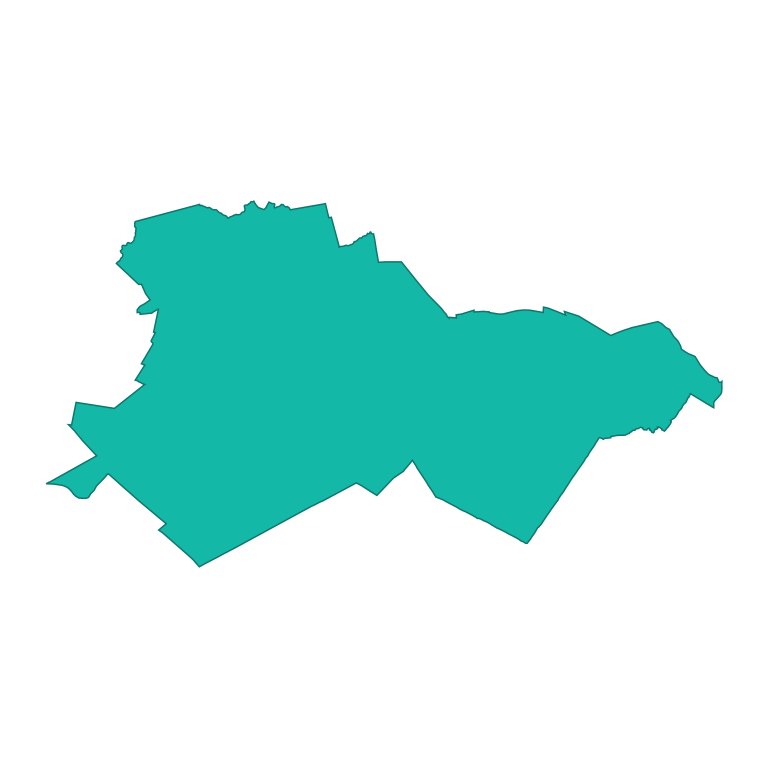 Costeiu, Timis, Romania (Robinson projection)
{"feature_id": "2599482B27087775210367", "entity_name": "Costeiu", "entity_type": "district", "adm_level": 2, "iso_a3": "ROU", "parent_name": "Romania", "parent_adm1": "Timis", "projection": "robinson", "projection_center": [21.905, 45.75], "detail": "fine", "context": "isolated", "style": "filled", "palette": "teal", "viewbox_px": 768, "rotation_deg": 0, "n_neighbors": 0, "source": "geoboundaries", "source_scale": "gbopen_adm2", "svg_char_len": 6102}
<svg xmlns="http://www.w3.org/2000/svg" viewBox="0 0 768 768"><path d="M199.3,566.8L205.2,563.5L217.0,557.4L222.1,554.6L236.2,547.2L311.4,506.3L315.5,504.4L320.5,501.8L322.2,501.2L356.3,482.9L361.8,485.8L369.3,490.7L376.9,495.4L393.4,478.1L403.0,471.6L404.1,470.6L404.4,469.7L405.6,468.5L409.8,463.6L412.4,460.3L416.0,465.8L416.9,467.7L426.7,482.5L428.3,485.3L432.6,491.6L435.1,495.8L436.0,496.8L435.9,497.0L443.4,500.0L446.8,502.0L456.8,507.2L459.8,509.1L463.7,511.0L465.3,511.6L471.1,514.6L476.0,517.4L477.3,518.4L478.2,518.4L480.4,518.9L483.3,520.5L487.9,522.5L490.9,524.3L491.9,525.1L492.5,525.3L496.9,528.0L500.2,529.4L502.3,530.5L503.3,530.9L508.1,533.6L517.0,538.2L519.9,540.0L520.4,540.6L524.3,542.3L525.3,543.2L527.4,543.2L527.9,542.3L530.8,538.7L531.3,537.6L534.8,532.7L536.9,528.9L538.0,527.3L538.5,527.2L539.1,526.7L539.4,526.0L540.8,524.8L546.8,515.7L550.1,511.1L551.0,509.6L556.6,501.9L557.7,500.6L558.3,499.7L558.4,498.9L558.9,498.1L561.3,494.5L562.0,493.8L563.6,491.6L566.2,487.3L567.7,485.1L572.2,478.0L575.3,473.8L577.5,470.4L583.7,461.7L585.5,458.4L587.4,456.3L588.6,454.3L589.0,453.2L594.7,445.0L595.3,443.7L597.8,439.9L598.6,438.4L599.2,437.7L600.0,437.7L602.1,438.5L602.9,439.1L603.4,439.2L603.8,438.8L605.4,438.3L610.7,437.8L610.9,437.4L610.9,436.4L612.0,436.4L615.9,435.6L618.8,435.3L624.9,435.2L626.3,434.6L627.8,433.7L629.2,433.5L629.4,433.4L629.8,432.5L631.5,431.7L632.0,431.3L632.3,430.5L632.6,430.3L634.6,430.3L635.1,430.1L635.6,429.1L637.3,428.6L637.6,428.7L638.2,428.6L640.0,427.5L641.2,427.3L641.5,427.7L642.5,427.8L642.9,428.0L642.9,428.8L643.6,429.7L646.8,430.0L646.9,429.6L647.3,428.9L648.7,428.4L649.5,428.3L649.7,428.5L649.7,428.8L649.5,430.0L650.8,430.3L651.4,431.8L652.0,432.4L653.6,432.8L653.8,432.5L654.6,430.5L655.4,429.2L655.8,429.1L656.4,429.3L656.7,429.0L657.2,428.8L657.8,428.2L657.9,427.9L657.3,427.1L657.6,427.0L658.8,427.0L659.9,427.5L661.0,428.5L661.8,428.9L661.8,429.8L664.5,431.1L666.0,429.5L667.2,427.8L668.3,426.8L668.4,426.4L669.4,425.3L670.3,423.9L671.3,421.9L671.2,421.5L670.4,420.5L674.2,418.1L675.6,416.8L677.6,413.7L678.9,411.2L681.4,408.6L682.2,407.0L682.5,406.1L683.1,405.2L684.0,404.0L685.5,402.8L686.1,402.0L688.0,397.8L688.7,397.5L690.4,393.7L712.4,407.0L713.8,407.7L713.7,403.2L714.0,402.1L714.7,400.9L718.4,397.0L720.6,394.4L721.6,392.2L721.9,388.4L721.8,386.7L721.9,381.4L721.1,382.1L720.2,382.3L719.1,382.2L718.8,382.0L718.5,380.9L717.2,377.9L714.7,377.4L712.8,376.5L712.2,376.1L709.4,374.9L708.0,373.9L704.5,370.2L700.1,364.8L695.1,356.6L694.7,356.3L688.6,353.8L685.5,352.0L681.5,349.3L680.6,346.0L678.2,341.4L676.5,339.4L673.7,336.6L669.5,329.4L665.9,327.5L662.0,323.9L657.9,321.6L632.1,327.6L624.1,330.2L617.1,332.8L610.8,335.5L578.7,316.1L564.4,311.5L565.6,315.1L557.3,311.7L548.0,308.1L543.5,307.1L543.2,312.5L529.9,310.2L523.5,310.0L517.4,310.6L513.7,311.4L503.0,314.0L498.9,314.1L489.1,312.5L489.2,311.9L485.2,311.6L483.2,311.3L481.8,311.6L480.6,311.5L478.2,311.8L474.0,311.9L474.0,310.2L461.4,314.1L456.2,314.8L456.4,317.9L449.3,317.3L449.0,318.2L447.4,316.8L446.8,315.4L446.1,314.1L444.3,312.3L442.0,309.2L439.9,306.9L428.2,295.0L414.6,278.4L401.4,261.9L385.1,261.9L378.5,262.3L376.2,249.3L374.6,238.9L373.5,233.9L372.7,234.0L372.1,233.8L371.4,233.3L370.7,232.0L370.3,232.0L370.0,232.3L369.5,233.5L369.1,233.7L368.6,233.7L367.6,233.4L367.3,233.7L367.1,234.5L366.4,235.4L362.9,236.4L362.0,237.7L361.0,238.0L359.6,238.0L358.3,239.2L357.2,240.4L355.7,241.5L354.2,241.6L353.5,243.1L352.7,244.1L351.1,244.6L349.1,245.5L347.6,245.6L345.9,245.3L343.2,246.3L340.4,246.5L339.1,247.1L339.1,246.3L331.3,217.3L328.8,217.7L325.4,203.7L290.2,209.8L289.6,208.5L289.0,207.7L288.2,207.1L287.1,206.5L286.7,206.8L286.0,207.0L285.6,206.9L284.8,206.4L283.2,204.8L281.9,204.4L281.3,204.5L280.0,206.0L278.8,206.5L277.2,206.8L276.4,207.3L274.8,207.9L274.3,207.3L274.3,206.5L274.8,204.5L274.7,204.1L274.0,203.6L272.1,203.6L271.3,203.4L270.7,202.8L268.9,202.1L266.0,207.6L264.1,209.6L258.4,207.6L256.3,205.3L254.7,202.9L253.9,201.2L253.4,201.3L252.7,201.8L252.2,201.9L251.0,201.7L250.5,202.2L250.1,203.1L248.9,203.7L247.7,204.8L247.0,205.0L245.0,205.2L244.5,205.6L244.3,206.2L245.1,209.5L244.6,211.1L244.1,211.8L242.5,212.2L241.6,212.6L240.6,214.2L240.0,214.5L237.3,214.8L236.7,214.5L235.9,214.5L235.1,214.9L233.9,215.2L232.6,216.0L231.5,216.5L230.5,216.7L228.4,218.0L227.5,217.9L226.8,216.6L226.3,216.1L224.1,215.2L222.7,214.7L221.4,213.3L219.1,212.5L216.6,210.0L216.0,209.7L213.9,209.9L211.9,209.2L209.6,207.6L208.7,207.5L207.3,207.8L206.4,207.6L205.6,207.1L204.2,206.4L202.7,206.0L201.8,205.3L200.9,205.6L200.0,205.6L199.6,204.4L135.5,221.5L135.1,221.9L134.7,223.2L134.9,224.6L134.7,226.5L135.2,227.3L136.0,227.9L136.1,228.3L135.8,230.1L135.8,231.8L135.3,233.0L135.5,234.7L135.4,235.8L135.3,236.3L134.3,237.6L134.3,239.0L134.1,240.0L133.8,240.6L132.5,242.2L130.9,243.3L130.2,243.3L128.6,242.6L127.8,242.7L127.5,242.9L127.0,243.7L126.7,244.8L126.2,245.3L125.3,245.6L124.1,245.4L122.9,245.4L122.4,245.6L122.2,245.9L122.0,247.1L122.3,248.6L122.2,249.0L121.6,249.9L120.4,250.9L121.1,252.7L122.2,253.5L122.7,254.2L122.8,255.5L122.3,257.1L122.2,257.3L121.2,257.9L120.5,259.0L120.1,260.0L119.7,260.6L117.3,262.3L116.4,263.5L138.7,284.4L141.5,284.3L145.7,293.8L150.1,299.8L148.0,301.4L144.2,304.0L140.3,306.1L139.0,307.4L137.2,309.8L137.2,312.6L138.6,312.4L139.9,312.5L140.1,314.3L151.9,313.1L153.5,311.8L157.6,309.5L158.4,309.3L153.6,332.2L155.3,332.6L151.1,340.9L151.4,341.7L152.8,343.1L153.1,343.9L141.4,363.7L144.8,365.1L135.2,380.2L135.7,380.4L137.0,380.5L138.7,381.8L140.2,382.3L142.9,383.9L144.8,384.4L114.4,408.4L76.1,402.4L71.7,424.4L71.7,425.0L68.5,424.7L75.1,431.4L75.4,432.0L82.5,440.6L95.6,454.7L96.7,455.8L49.3,482.3L48.7,482.3L47.7,483.0L46.1,483.7L54.0,484.1L61.6,485.2L64.3,486.0L67.3,487.4L69.2,488.9L71.3,491.1L73.7,494.3L75.5,496.0L78.7,498.0L84.5,498.4L86.5,498.2L88.1,497.6L88.9,496.8L90.6,493.9L94.1,490.4L95.6,487.5L96.5,486.0L101.2,481.2L105.5,476.6L107.4,474.1L108.9,474.2L123.4,487.2L139.3,501.2L166.2,523.7L158.7,530.1L162.5,532.7L189.3,556.2L193.3,559.9L199.3,566.8Z" fill="#14b8a6" stroke="#0f766e" stroke-width="1.5"/></svg>